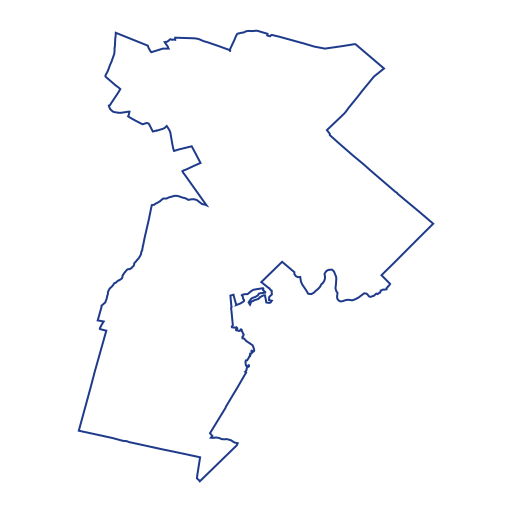 outline of Letca Noua, Giurgiu, Romania
{"feature_id": "2599482B85200519507888", "entity_name": "Letca Noua", "entity_type": "district", "adm_level": 2, "iso_a3": "ROU", "parent_name": "Romania", "parent_adm1": "Giurgiu", "projection": "natural_earth1", "projection_center": [25.709, 44.223], "detail": "fine", "context": "isolated", "style": "outline", "palette": "blue", "viewbox_px": 512, "rotation_deg": 0, "n_neighbors": 0, "source": "geoboundaries", "source_scale": "gbopen_adm2", "svg_char_len": 6029}
<svg xmlns="http://www.w3.org/2000/svg" viewBox="0 0 512 512"><path d="M115.8,32.8L115.6,36.2L115.2,39.1L115.0,44.4L114.8,47.0L114.5,48.0L114.6,50.7L114.2,54.0L111.3,62.2L110.2,64.5L107.9,70.8L105.5,75.4L105.4,75.5L105.4,75.8L105.6,76.7L105.9,77.0L116.1,85.8L118.2,87.2L120.3,89.1L118.3,92.5L110.9,103.6L110.2,104.9L109.9,105.1L109.1,105.4L108.8,105.7L109.6,107.9L110.3,109.2L112.5,111.3L113.9,112.0L118.6,112.8L121.0,112.8L128.9,111.6L129.5,111.7L128.5,115.7L128.1,116.3L129.7,117.4L135.2,120.5L142.2,124.1L143.3,124.1L144.9,123.5L146.9,123.0L148.5,123.5L149.0,124.0L152.8,131.5L156.7,130.5L156.8,130.7L163.2,128.7L164.7,127.9L166.7,126.0L168.2,128.2L169.1,129.7L169.9,131.3L170.4,132.9L172.5,145.1L173.2,148.4L174.0,150.9L179.0,149.4L191.7,146.3L196.1,154.5L200.5,163.0L194.9,165.4L186.6,169.3L183.3,170.6L182.4,171.2L183.5,173.2L184.5,174.4L206.5,205.3L204.6,204.5L202.6,204.2L201.5,203.7L197.0,200.1L196.5,199.9L193.7,199.2L190.6,199.4L188.4,199.9L185.9,198.5L184.2,197.9L182.8,197.7L178.6,196.2L177.3,195.9L174.7,195.8L168.6,197.5L166.6,198.5L164.2,198.5L163.0,198.7L162.0,199.4L160.3,201.0L157.6,202.7L156.0,203.4L154.3,204.7L151.8,205.1L150.8,209.7L150.0,213.8L149.4,216.5L149.2,217.9L144.4,238.8L143.3,244.6L142.8,245.9L142.9,246.2L142.2,249.7L142.2,250.5L141.4,251.5L141.0,254.1L140.4,255.5L138.8,258.1L137.9,259.2L136.8,260.3L135.8,261.7L134.6,262.8L134.2,263.5L134.1,264.6L133.9,265.4L133.4,266.1L132.3,267.0L131.4,268.2L130.2,268.7L129.9,269.1L128.3,269.1L127.1,269.6L124.5,272.7L122.6,275.5L122.5,275.9L122.5,277.0L121.7,278.6L119.2,280.3L118.6,280.3L116.9,281.6L115.8,282.7L114.3,283.2L112.9,285.4L111.0,287.4L109.6,288.6L107.9,292.1L107.9,293.9L107.8,294.5L107.3,295.6L106.7,298.6L105.2,302.5L101.5,305.7L101.5,307.1L97.7,320.4L103.7,321.5L101.8,324.5L99.8,328.4L99.8,328.8L100.1,329.1L106.3,330.7L94.8,371.5L90.6,387.5L78.8,430.7L103.7,436.1L112.4,438.0L122.8,440.8L126.8,441.2L129.7,442.3L131.5,442.6L162.6,449.4L172.0,451.3L200.1,457.3L197.5,473.8L196.9,478.3L199.1,480.3L199.8,481.3L236.9,445.2L237.7,443.2L234.4,442.5L230.9,440.2L226.8,439.1L224.4,439.3L221.6,439.1L219.2,438.0L216.3,437.5L212.7,437.9L210.9,437.7L212.3,436.0L210.0,433.2L225.5,407.9L225.9,406.7L237.9,386.7L246.1,372.5L245.2,371.8L245.7,371.4L246.3,370.4L246.6,369.7L246.6,368.7L247.2,367.2L248.8,366.6L249.1,366.0L248.9,365.3L248.5,365.2L247.1,366.8L246.3,366.0L245.8,364.9L245.6,363.5L245.5,361.9L245.7,360.7L245.9,360.4L246.8,360.5L247.2,360.2L247.6,359.4L248.4,358.5L249.0,357.0L250.0,356.3L249.9,355.7L250.2,355.6L250.3,355.3L250.1,355.2L249.9,354.2L250.0,353.9L250.3,353.5L251.2,353.5L251.7,353.3L251.8,352.9L251.7,352.0L251.4,351.3L251.6,350.7L252.0,350.8L252.0,351.4L252.2,351.7L252.9,351.9L253.8,351.4L254.1,350.9L254.2,350.2L254.0,349.0L252.8,345.7L252.5,345.2L246.4,341.1L244.0,338.5L242.5,338.3L242.3,337.2L242.7,336.4L243.1,336.2L243.7,334.5L243.2,333.9L242.3,331.7L241.9,331.2L241.8,330.4L241.6,329.7L241.0,329.3L240.6,329.5L240.3,330.4L240.0,330.7L239.0,331.0L238.4,330.6L236.6,330.4L236.1,330.2L236.0,329.8L236.8,329.2L237.3,328.5L237.2,328.1L236.5,327.3L236.2,327.2L235.2,327.8L234.6,327.5L233.1,327.6L232.6,327.1L232.1,326.9L231.9,327.0L231.8,326.6L232.8,325.3L232.8,324.7L231.4,310.4L231.2,309.0L231.1,308.8L231.2,307.4L231.6,306.9L231.4,306.7L230.4,295.6L233.5,294.7L234.0,296.9L236.2,304.6L236.0,305.1L240.1,303.6L242.5,302.2L244.1,300.9L244.0,299.8L243.4,299.2L243.1,298.6L242.7,296.4L241.8,295.3L242.2,294.8L244.6,294.2L247.6,294.1L251.5,290.9L253.4,289.8L256.6,289.2L263.0,288.2L263.3,288.6L263.1,289.0L263.2,289.4L263.0,290.0L263.8,290.7L264.5,291.6L265.2,291.9L265.2,292.4L265.1,292.7L260.6,293.2L258.8,293.7L257.9,295.4L255.4,296.9L252.0,298.1L251.6,298.6L251.0,298.9L248.6,302.4L249.3,303.3L249.6,304.2L250.0,304.7L250.8,302.7L250.8,302.2L251.2,301.5L253.0,301.1L253.5,300.5L258.1,299.0L259.3,298.3L259.4,297.6L260.3,297.0L263.2,295.5L264.3,295.3L265.1,295.4L265.1,296.3L266.0,300.3L266.1,301.8L266.4,302.5L268.8,302.9L270.2,302.7L270.9,302.2L271.8,300.7L269.0,300.1L268.9,299.9L269.1,298.7L269.1,297.3L270.0,296.1L271.6,294.8L271.9,294.2L271.6,291.9L271.8,290.9L270.0,289.4L269.5,288.3L268.8,288.1L261.3,282.1L282.1,261.8L294.4,272.2L294.3,273.9L295.8,276.1L297.7,277.1L300.2,277.0L301.0,281.7L302.3,284.6L306.3,290.5L308.1,293.7L311.3,294.1L314.0,292.6L315.8,290.7L317.2,289.7L318.9,288.1L320.1,286.7L321.4,284.2L323.0,282.9L324.3,280.7L324.9,278.7L325.0,277.7L325.0,276.3L324.6,274.9L324.6,273.9L325.0,273.0L326.2,271.2L328.3,269.9L331.9,269.6L333.2,270.7L334.1,271.8L336.0,276.5L336.3,278.4L336.0,283.5L335.5,288.2L335.9,290.0L336.4,291.3L337.5,292.9L337.1,296.4L337.1,297.7L337.3,298.6L337.9,299.6L338.7,300.5L340.1,301.3L341.8,301.3L343.3,301.0L344.4,300.5L346.8,299.9L348.9,299.8L351.9,300.3L353.5,300.0L356.8,298.5L358.6,297.5L363.9,293.5L365.0,293.3L366.4,293.7L367.4,294.3L368.8,296.2L370.2,296.9L373.0,296.1L374.0,295.7L375.8,294.0L376.3,293.7L376.8,293.7L377.5,294.1L378.9,293.2L379.3,292.7L380.0,292.7L380.6,291.5L380.6,291.0L380.8,290.5L382.5,289.9L382.8,289.6L384.7,289.6L386.5,289.3L386.4,288.7L386.7,288.0L387.4,287.5L387.8,286.7L389.2,285.3L390.1,283.9L381.5,275.2L393.4,263.5L418.9,237.9L433.2,223.7L419.5,212.0L397.4,193.6L397.2,193.0L395.1,191.6L370.3,170.3L364.4,165.0L353.2,155.7L338.5,142.9L330.0,135.3L329.8,135.1L329.8,133.8L326.9,130.1L344.0,113.8L345.7,111.9L348.5,108.0L358.1,96.2L361.8,91.4L373.9,76.6L384.0,68.5L355.6,44.3L354.9,44.1L341.8,46.2L324.9,48.6L314.3,46.6L304.3,43.6L279.2,36.7L271.7,34.9L270.7,35.5L270.2,36.2L267.6,35.6L267.2,35.4L267.5,33.8L258.1,31.0L256.6,30.7L252.0,31.1L249.0,30.9L246.4,31.2L245.6,31.5L243.7,32.5L241.7,32.7L239.4,33.3L238.6,33.3L237.3,33.9L235.9,36.2L234.7,39.3L230.1,49.1L230.0,49.7L230.2,50.2L230.1,50.9L229.9,50.9L229.5,50.1L228.1,49.5L215.9,45.1L214.9,44.8L207.1,42.1L203.7,41.2L199.4,39.3L197.2,38.7L194.2,38.3L175.2,37.7L175.2,39.8L173.3,39.5L172.1,39.8L170.4,39.2L167.2,41.7L164.7,42.1L165.3,43.1L167.6,46.3L168.6,48.6L162.9,48.6L151.3,52.2L150.7,51.6L148.5,47.8L147.9,45.7L115.8,32.8Z" fill="none" stroke="#1e3a8a" stroke-width="2"/></svg>